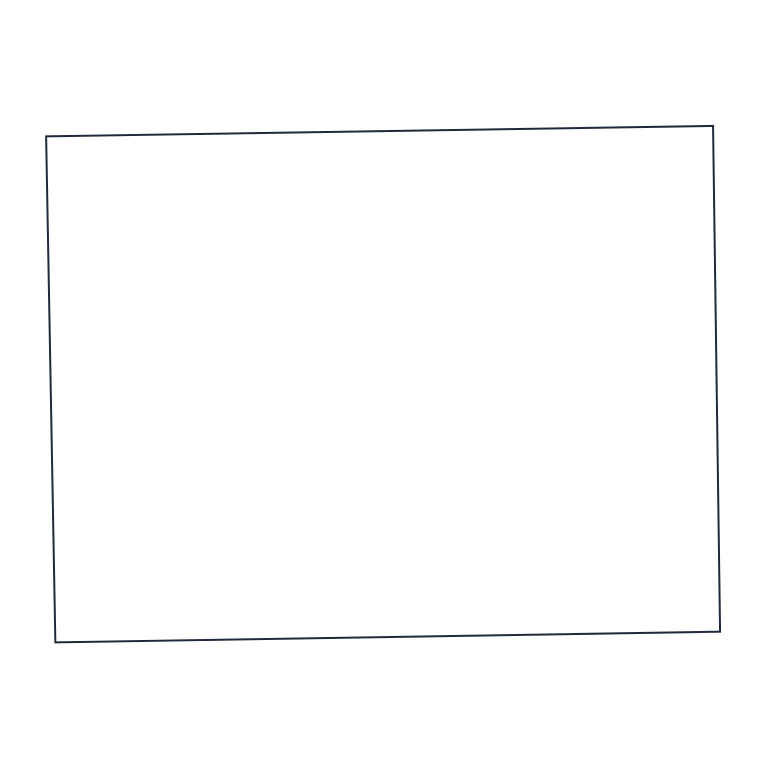 Humboldt, Iowa, United States of America, rotated 179°
{"feature_id": "52423323B78880616957132", "entity_name": "Humboldt", "entity_type": "district", "adm_level": 2, "iso_a3": "USA", "parent_name": "United States of America", "parent_adm1": "Iowa", "projection": "orthographic", "projection_center": [-94.16, 42.776], "detail": "fine", "context": "isolated", "style": "outline", "palette": "slate", "viewbox_px": 768, "rotation_deg": 179, "n_neighbors": 0, "source": "geoboundaries", "source_scale": "gbopen_adm2", "svg_char_len": 224}
<svg xmlns="http://www.w3.org/2000/svg" viewBox="0 0 768 768"><g transform="rotate(179 384 384)"><path d="M717.5,637.5L717.1,131.4L52.3,130.5L50.5,636.3L717.5,637.5Z" fill="none" stroke="#1e293b" stroke-width="2"/></g></svg>